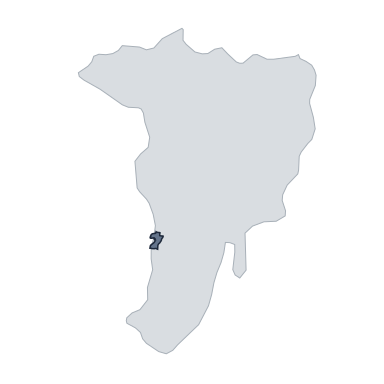 location of Boca Chica, Santo Domingo, Dominican Republic, rotated 93°
{"feature_id": "3306468B37182555728177", "entity_name": "Boca Chica", "entity_type": "district", "adm_level": 2, "iso_a3": "DOM", "parent_name": "Dominican Republic", "parent_adm1": "Santo Domingo", "projection": "natural_earth1", "projection_center": [-69.616, 18.462], "detail": "fine", "context": "in_parent", "style": "filled", "palette": "slate", "viewbox_px": 384, "rotation_deg": 93, "n_neighbors": 0, "source": "geoboundaries", "source_scale": "gbopen_adm2", "svg_char_len": 3815}
<svg xmlns="http://www.w3.org/2000/svg" viewBox="0 0 384 384"><g transform="rotate(93 192 192)"><path d="M49.5,269.3L50.0,252.0L52.4,245.0L50.2,237.6L40.4,229.7L34.4,219.6L29.1,210.6L30.3,209.3L41.0,208.9L44.8,205.6L52.0,196.4L53.5,189.0L52.9,183.4L48.2,176.8L46.4,169.7L52.2,163.6L59.8,154.6L60.9,151.2L60.7,147.8L51.9,138.3L51.3,134.2L55.5,124.0L55.1,117.2L51.1,96.0L49.2,92.9L53.1,91.1L55.7,84.8L59.1,79.1L63.7,76.1L68.9,74.2L79.2,74.4L93.4,79.3L97.4,79.2L111.1,74.7L122.5,72.3L133.2,75.1L137.5,78.9L146.3,85.0L150.7,86.8L164.6,86.7L168.4,87.3L180.1,97.3L190.0,101.3L195.7,101.5L205.9,97.6L211.0,97.7L216.8,106.4L218.0,118.6L222.9,129.8L230.3,136.9L267.2,133.9L275.4,139.8L272.6,144.6L267.4,147.2L249.8,146.1L242.2,146.6L240.6,151.5L240.6,156.0L250.9,157.0L260.9,159.3L271.1,162.9L281.6,165.4L293.3,167.0L304.8,169.6L324.1,178.4L345.4,198.4L351.1,202.9L354.9,209.2L353.1,216.9L345.5,229.6L341.2,233.6L335.0,236.1L330.7,241.3L326.5,250.1L324.0,250.9L321.0,250.5L315.9,245.5L312.2,237.8L301.9,230.6L289.7,231.5L271.7,227.2L260.8,229.3L249.9,229.8L238.7,227.6L227.5,226.8L216.3,229.6L205.5,234.2L201.5,237.1L194.5,244.3L190.8,247.0L164.3,250.6L156.7,245.3L149.7,238.1L139.5,237.1L124.8,242.7L115.6,244.7L111.8,247.1L110.7,249.9L110.7,260.0L108.6,266.1L94.1,289.3L86.0,305.6L82.6,310.6L78.8,311.7L71.7,302.3L67.2,298.9L61.6,297.2L59.3,292.2L59.4,285.1L57.9,278.3L54.5,272.9L49.5,269.3Z" fill="#d9dde1" stroke="#a8b0b8" stroke-width="1"/><path d="M251.0,223.3L247.2,223.3L246.7,223.2L246.1,222.9L245.5,222.6L244.6,221.6L243.7,221.1L243.0,220.6L242.4,220.3L241.9,220.2L241.6,220.0L241.3,220.0L240.8,219.9L240.6,219.9L240.0,219.6L239.5,219.2L239.0,218.8L238.8,218.8L238.3,218.7L237.9,218.5L237.6,218.5L237.4,218.7L237.4,219.0L237.6,219.4L237.6,219.7L237.6,219.9L237.4,220.4L237.4,220.7L237.4,221.6L237.3,221.9L237.2,222.0L236.9,222.0L235.2,222.0L234.9,221.9L234.7,221.8L234.4,221.8L234.3,222.0L234.2,222.3L234.2,223.5L234.2,224.0L234.0,224.5L233.9,225.2L233.6,225.7L233.9,225.7L233.9,225.8L234.0,225.8L234.3,225.9L234.4,226.0L234.4,225.9L234.5,225.9L234.5,226.0L234.8,226.1L235.0,226.2L235.1,226.3L235.3,226.5L235.4,226.8L235.4,227.1L235.4,227.6L235.5,228.0L235.5,228.3L235.6,228.5L235.7,228.9L235.7,229.0L235.8,229.2L235.8,229.3L236.0,229.5L236.1,229.8L236.2,230.0L236.3,230.0L236.5,230.2L236.5,230.3L236.7,230.5L236.8,230.5L237.0,230.6L237.5,230.8L237.8,230.8L238.0,230.9L238.3,230.9L238.3,231.0L238.5,231.0L238.8,231.1L238.9,231.3L239.2,231.3L239.5,231.4L239.9,231.4L240.0,231.4L240.1,231.2L240.3,231.0L240.3,230.8L240.3,230.7L240.3,230.4L240.3,230.0L240.2,230.0L240.2,229.8L240.2,229.6L240.1,229.4L240.1,229.1L240.1,228.9L240.0,228.7L239.9,228.5L239.9,228.1L239.8,227.8L239.8,227.6L239.8,227.3L240.0,227.2L240.2,226.9L240.3,226.9L240.5,226.8L240.6,226.6L240.7,226.4L240.8,226.4L241.2,226.4L241.3,226.4L241.3,226.5L241.4,226.4L241.4,226.5L241.6,226.5L241.9,226.5L242.1,226.5L242.2,226.4L242.3,226.4L242.6,226.4L242.8,226.4L242.9,226.5L243.0,226.5L243.3,226.5L243.5,226.6L243.8,226.8L244.0,226.9L244.0,227.0L244.4,227.2L244.6,227.5L244.8,227.6L245.0,227.9L245.3,228.0L245.4,228.3L245.5,228.4L245.6,228.5L245.8,228.8L245.9,229.0L246.0,229.1L246.1,229.3L246.3,229.4L246.4,229.5L246.5,229.6L246.7,229.8L246.7,229.7L246.8,229.8L246.9,230.0L247.0,230.0L247.2,230.4L247.3,230.4L247.4,230.5L247.5,230.5L247.8,230.6L248.0,230.7L248.1,230.8L248.3,230.8L248.6,230.8L248.8,230.9L249.2,231.0L249.4,231.0L249.5,231.0L249.8,231.0L250.3,231.1L250.4,229.8L250.4,229.5L250.6,229.1L250.6,228.4L250.6,226.9L250.6,226.7L250.4,226.2L250.3,225.3L250.3,224.6L250.4,224.4L250.7,224.1L250.8,224.0L251.0,223.3ZM240.5,227.0L240.4,227.0L240.2,227.2L240.2,227.3L240.1,227.5L240.3,227.5L240.6,227.4L240.8,227.4L241.0,227.3L241.1,227.2L240.9,227.1L240.7,227.3L240.6,227.2L240.5,227.0Z" fill="#64748b" stroke="#1e293b" stroke-width="1.5"/></g></svg>